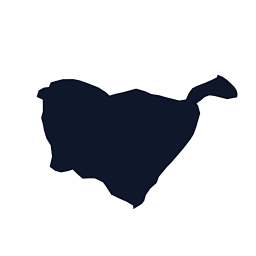 Patriki, Cyprus, rotated 196°
{"feature_id": "46923920B77958582681624", "entity_name": "Patriki", "entity_type": "district", "adm_level": 2, "iso_a3": "CYP", "parent_name": "Cyprus", "parent_adm1": "", "projection": "orthographic", "projection_center": [33.984, 35.358], "detail": "fine", "context": "isolated", "style": "filled", "palette": "ink", "viewbox_px": 256, "rotation_deg": 196, "n_neighbors": 0, "source": "geoboundaries", "source_scale": "gbopen_adm2", "svg_char_len": 1134}
<svg xmlns="http://www.w3.org/2000/svg" viewBox="0 0 256 256"><g transform="rotate(196 128 128)"><path d="M100.2,52.9L94.6,59.0L93.1,62.6L93.1,68.6L90.6,76.2L86.1,83.3L85.6,89.9L83.1,95.5L80.5,101.5L77.5,107.1L73.5,115.7L69.4,124.8L65.4,134.9L63.9,140.5L63.4,148.1L63.4,153.2L63.4,161.8L67.4,168.4L69.9,170.1L67.9,173.1L66.0,175.3L63.5,179.3L59.0,182.6L53.6,183.4L47.8,183.6L40.8,183.8L36.3,186.1L32.4,188.0L32.8,190.5L34.4,193.4L37.5,196.3L42.7,199.0L46.2,200.8L51.1,202.5L55.8,203.1L55.8,200.8L60.9,196.2L65.9,192.1L72.5,187.1L76.5,183.5L78.5,178.0L79.5,170.9L86.1,167.8L100.7,167.3L107.2,167.3L114.8,166.3L121.8,167.3L130.9,167.3L141.5,160.8L149.1,156.7L154.6,153.2L159.6,155.7L168.2,158.2L179.3,159.2L187.4,159.7L193.9,159.2L204.0,156.2L214.1,150.1L214.6,145.1L219.6,143.0L223.6,139.0L223.6,133.4L217.1,132.4L213.6,120.3L213.6,114.2L210.0,108.1L207.5,103.0L203.0,96.0L196.9,90.4L192.4,79.8L191.9,69.7L186.3,67.6L180.3,67.6L174.2,70.7L169.7,73.7L164.2,70.7L157.6,67.6L151.6,69.7L146.0,71.2L137.0,69.7L132.9,66.6L125.4,60.0L116.3,58.5L108.7,57.5L101.2,55.5L100.2,52.9Z" fill="#0f172a" stroke="#020617" stroke-width="1.5"/></g></svg>